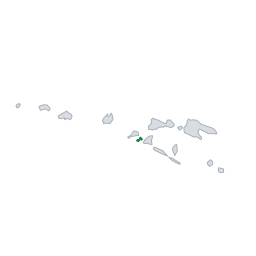 Paama, Malampa, Vanuatu shown in context, rotated 127°
{"feature_id": "77236927B20475273490027", "entity_name": "Paama", "entity_type": "district", "adm_level": 2, "iso_a3": "VUT", "parent_name": "Vanuatu", "parent_adm1": "Malampa", "projection": "mercator", "projection_center": [168.29, -16.483], "detail": "fine", "context": "in_parent", "style": "filled", "palette": "green", "viewbox_px": 256, "rotation_deg": 127, "n_neighbors": 0, "source": "geoboundaries", "source_scale": "gbopen_adm2", "svg_char_len": 3178}
<svg xmlns="http://www.w3.org/2000/svg" viewBox="0 0 256 256"><g transform="rotate(127 128 128)"><path d="M83.9,59.9L85.8,70.2L88.1,70.1L89.2,69.6L90.6,67.2L91.2,63.4L92.4,62.8L93.8,63.3L93.2,64.5L93.6,67.5L94.8,69.2L95.5,69.5L97.0,77.4L97.6,79.1L97.6,80.4L94.4,83.4L89.6,83.3L86.3,85.1L84.3,85.0L84.3,82.9L82.5,81.3L80.5,77.9L81.0,71.9L77.3,60.6L77.3,57.8L78.5,54.1L79.8,53.9L81.4,57.0L83.9,59.9ZM104.0,99.5L105.4,100.2L106.1,100.2L106.6,101.7L110.9,104.7L112.1,104.6L113.1,106.3L114.9,107.2L115.4,108.9L116.7,110.6L114.4,112.7L110.0,112.1L107.4,114.5L105.1,113.9L104.7,112.6L105.0,112.2L103.6,109.0L103.0,104.2L102.1,101.3L101.1,100.1L99.0,101.2L98.1,101.3L96.1,99.0L97.1,94.2L97.6,92.9L99.2,92.6L101.7,93.9L104.0,99.5ZM161.8,189.3L160.4,190.8L159.2,190.6L151.3,187.1L151.7,185.6L151.3,181.9L152.2,179.8L154.4,179.0L156.1,179.4L157.1,182.4L159.4,183.6L157.8,184.7L160.7,186.9L161.8,189.3ZM135.1,145.0L138.1,149.5L139.2,149.8L137.4,153.0L133.7,153.3L129.2,152.5L130.8,151.4L130.0,150.1L128.7,149.9L127.1,150.5L126.4,150.3L127.4,148.2L129.9,145.3L130.6,145.0L131.3,145.0L131.9,145.3L135.1,145.0ZM130.6,107.0L127.1,107.4L122.3,106.4L120.4,105.0L119.5,103.7L121.2,102.6L123.6,102.2L126.6,99.0L127.6,100.2L128.7,103.7L129.9,104.8L130.6,105.8L130.6,107.0ZM166.5,208.4L164.9,211.8L162.2,211.0L159.6,208.5L158.3,206.3L159.2,202.1L160.5,201.4L161.9,201.6L162.6,205.7L166.5,208.4ZM128.1,95.6L127.5,95.6L127.0,94.2L125.3,86.5L126.5,79.7L127.2,81.1L129.7,93.1L129.4,95.1L128.1,95.6ZM135.1,120.9L136.0,121.4L135.5,122.7L131.4,121.2L128.0,121.8L127.1,121.7L126.1,120.5L125.4,118.1L125.7,116.5L127.1,115.3L127.6,115.1L128.7,116.5L129.6,117.5L130.6,117.9L132.7,120.3L135.1,120.9ZM119.0,78.9L117.0,80.3L113.2,80.1L111.8,79.3L116.4,75.0L121.7,74.1L119.0,78.9ZM109.2,42.3L107.9,43.8L104.5,43.3L103.7,42.9L103.9,40.3L104.8,39.4L106.8,38.6L109.6,39.9L109.2,42.3ZM106.3,31.3L105.8,31.6L105.1,31.4L103.3,27.6L103.8,26.4L106.0,25.2L108.0,27.3L108.2,28.4L108.2,29.4L107.9,30.2L106.6,30.6L106.3,31.3ZM127.3,75.5L126.8,77.4L125.6,75.2L124.8,65.8L125.1,64.9L125.8,64.8L127.3,71.4L127.3,75.5ZM178.7,229.1L177.7,230.8L176.0,230.8L173.9,229.6L174.3,228.0L176.7,227.7L177.4,227.8L178.7,229.1ZM98.1,87.9L97.6,88.7L94.4,86.6L95.1,84.7L98.6,85.4L98.1,87.9Z" fill="#d9dde1" stroke="#a8b0b8" stroke-width="1"/><path d="M128.1,111.8L128.0,112.0L128.1,112.3L128.3,112.4L128.3,112.5L128.5,112.5L128.8,112.5L128.9,112.4L129.0,112.4L129.3,112.3L129.3,112.2L129.3,111.9L129.3,111.7L129.2,111.6L129.3,111.4L129.3,111.2L129.3,110.9L129.3,110.7L129.5,110.5L129.5,110.4L129.5,110.2L129.4,110.1L129.2,110.0L128.9,110.0L128.7,110.0L128.5,110.3L128.5,110.5L128.4,110.5L128.4,110.8L128.2,111.0L128.2,111.3L128.2,111.5L128.1,111.8L128.1,111.8ZM131.8,111.7L131.7,111.7L131.4,111.6L131.2,111.6L131.0,111.8L130.9,111.9L131.0,112.0L130.9,112.0L130.9,112.3L131.0,112.4L131.0,112.5L131.2,112.8L131.3,112.9L131.3,113.0L131.5,113.1L131.8,113.2L132.0,113.3L132.1,113.2L132.3,113.2L132.3,113.3L132.3,113.2L132.4,113.3L132.5,113.3L132.5,113.2L132.8,113.0L132.8,112.9L132.8,112.7L132.7,112.6L132.6,112.4L132.6,112.2L132.4,111.9L132.3,111.7L132.2,111.7L131.9,111.7L131.8,111.7Z" fill="#22c55e" stroke="#15803d" stroke-width="1.5"/></g></svg>